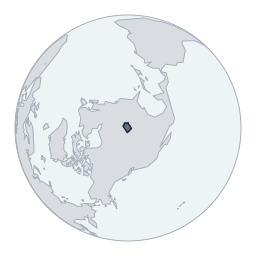 Iowa on an orthographic globe, rotated 237°
{"feature_id": "USA-3529", "entity_name": "Iowa", "entity_type": "State", "adm_level": 1, "iso_a3": "USA", "parent_name": "United States of America", "parent_adm1": "", "projection": "orthographic", "projection_center": [-94.248, 41.94], "detail": "fine", "context": "on_globe", "style": "filled", "palette": "slate", "viewbox_px": 256, "rotation_deg": 237, "n_neighbors": 0, "source": "natural_earth", "source_scale": "10m", "svg_char_len": 10392}
<svg xmlns="http://www.w3.org/2000/svg" viewBox="0 0 256 256"><g transform="rotate(237 128 128)"><circle cx="128" cy="128" r="113" fill="#eef3f6" stroke="#a8b0b8"/><path d="M152.9,237.9L158.5,236.2L156.0,237.0L159.7,234.7L164.9,231.5L171.3,221.0L169.6,219.3L162.1,218.4L153.2,209.9L156.1,204.7L153.9,202.8L161.1,194.2L158.8,187.5L156.2,186.9L153.8,190.1L144.6,186.9L140.9,181.5L110.8,172.3L107.4,168.8L106.8,163.5L94.4,143.8L100.9,161.8L96.5,158.0L92.6,151.3L94.3,150.1L91.0,140.4L86.8,135.9L84.9,123.4L90.0,108.8L91.6,111.7L92.6,108.1L90.6,104.4L89.1,102.8L89.9,87.4L84.3,76.9L79.3,76.8L82.9,74.5L71.3,76.9L66.2,74.5L74.0,75.3L76.3,74.0L73.8,71.3L75.7,69.4L75.5,67.1L78.0,65.2L82.3,66.1L84.0,65.0L82.1,63.1L83.4,60.3L85.9,63.1L88.4,58.5L96.1,59.8L100.7,69.9L107.0,69.9L117.1,78.7L118.1,76.6L122.6,78.9L125.5,77.4L126.6,79.8L128.0,76.6L126.5,74.8L126.6,72.9L128.2,72.0L129.8,74.7L129.3,75.5L130.5,75.8L130.7,77.6L131.5,76.2L133.2,79.7L133.9,74.9L137.2,76.6L137.8,79.4L134.6,80.8L128.0,91.4L127.6,95.0L130.1,98.5L141.4,101.3L142.1,104.9L145.5,108.4L146.5,105.5L144.2,101.8L146.9,97.7L143.8,93.9L144.5,91.7L142.5,87.4L146.2,86.4L150.7,87.8L152.5,91.4L154.6,92.2L155.6,87.6L161.5,93.5L169.9,96.1L171.1,98.0L168.5,103.4L161.7,106.2L158.3,114.3L163.9,107.5L166.7,112.7L168.6,113.0L170.4,111.9L170.6,109.4L172.3,111.0L167.4,118.1L165.8,116.7L167.4,114.4L164.2,115.9L160.9,121.1L162.6,123.6L155.9,129.7L157.0,131.7L156.2,134.2L154.8,130.7L157.1,137.4L149.5,146.9L152.4,158.4L145.9,150.3L141.3,149.9L135.9,150.8L136.3,152.7L128.7,151.9L122.6,156.2L121.4,165.5L124.9,172.2L133.3,172.0L135.3,168.1L141.1,166.7L138.0,177.2L148.4,177.3L148.0,184.5L151.2,187.6L156.1,185.8L161.3,186.4L164.6,181.6L170.1,177.9L170.7,183.4L173.3,177.4L176.6,179.1L187.2,174.9L186.6,176.5L195.6,179.0L204.5,176.8L206.6,179.3L205.6,182.2L208.5,181.0L208.5,182.4L219.3,176.1L224.1,174.6L223.5,179.3L218.5,188.4L211.8,201.0L202.2,210.2L198.3,214.6L188.3,222.6L182.7,225.4L182.8,226.1L178.4,228.5L174.4,230.3L172.4,231.4L169.3,232.6L170.5,232.3L166.5,233.8L152.9,237.9ZM34.4,134.9L35.0,132.6L35.5,134.9L34.4,134.9ZM34.8,130.6L34.7,131.5L34.7,130.6L34.8,130.6ZM34.4,129.5L34.7,130.3L34.3,129.6L34.4,129.5ZM33.8,128.4L34.2,128.9L34.1,129.0L33.8,128.4ZM152.4,162.4L164.3,165.3L158.1,167.4L159.2,166.2L156.0,164.6L150.4,163.6L144.8,165.7L152.4,162.4ZM33.1,126.1L33.0,125.4L33.4,125.6L33.1,126.1ZM156.5,155.1L154.5,155.1L156.4,154.6L156.5,155.1ZM88.1,102.5L90.4,104.5L91.5,108.7L89.4,107.2L88.1,102.5ZM86.2,94.9L87.8,95.1L86.5,98.7L86.0,97.4L86.2,94.9ZM75.3,77.4L76.9,78.7L74.7,78.1L75.3,77.4ZM75.1,67.1L74.1,67.4L74.4,66.1L75.1,67.1ZM140.7,88.3L141.6,87.9L141.5,88.9L140.7,88.3ZM139.0,86.9L138.2,88.4L137.3,88.0L137.8,87.1L139.0,86.9ZM78.5,62.1L79.4,60.0L79.2,62.2L78.5,62.1ZM140.2,85.2L135.7,87.0L134.1,86.3L134.7,82.2L140.2,85.2ZM80.4,59.0L82.6,54.3L80.5,54.4L87.7,51.8L83.5,56.5L83.6,59.1L82.2,58.2L80.4,59.0ZM125.4,74.7L127.0,76.6L124.2,75.9L125.4,74.7ZM123.5,74.8L114.5,76.1L112.9,73.0L116.2,73.1L112.9,70.1L116.4,67.9L119.1,69.1L119.5,71.5L120.5,68.9L123.5,74.8ZM91.3,51.2L92.5,50.3L92.1,51.5L91.3,51.2ZM126.5,72.1L124.8,72.6L123.2,69.9L126.3,68.6L125.8,69.9L126.5,72.1ZM110.2,70.4L109.6,68.3L112.3,66.0L112.4,64.9L116.4,67.6L110.2,70.4ZM127.0,70.0L127.9,68.0L130.0,68.4L128.0,71.5L127.0,70.0ZM121.6,69.9L121.0,68.6L122.3,68.8L121.6,69.9ZM138.3,69.1L136.3,69.5L135.3,68.1L138.3,69.1ZM128.0,67.2L127.3,67.1L126.7,66.7L127.7,65.5L128.0,67.2ZM118.0,65.9L119.3,65.4L116.6,64.6L118.5,63.0L120.8,65.1L120.6,63.5L121.2,63.0L122.4,65.4L118.0,65.9ZM126.9,63.0L130.5,65.5L134.3,64.9L135.3,66.1L128.9,66.8L126.9,63.0ZM124.2,64.2L126.1,63.7L126.3,65.3L125.2,66.6L124.2,64.2ZM119.0,61.1L115.4,63.0L115.1,62.5L119.0,61.1ZM128.0,62.5L127.1,61.9L128.2,62.3L128.0,62.5ZM121.7,61.1L120.5,61.9L120.1,61.2L121.7,61.1ZM126.3,60.3L127.5,61.0L126.7,61.9L126.3,60.3ZM124.2,60.4L123.9,59.4L125.8,61.8L123.7,60.8L124.2,60.4ZM121.5,60.4L120.9,60.3L122.1,60.2L121.5,60.4ZM128.5,56.6L131.1,59.4L129.4,61.3L127.2,58.3L128.5,56.6ZM198.3,40.0L196.8,38.8L204.7,46.1L203.0,45.3L194.2,37.7L186.8,32.0L185.9,31.6L187.9,33.8L183.6,31.4L188.3,34.6L188.4,34.1L191.3,36.2L191.5,36.8L189.9,35.8L191.4,37.5L198.4,42.0L199.2,42.0L204.7,47.9L206.5,48.6L209.0,51.0L206.7,50.8L204.9,49.6L203.0,52.3L205.4,54.0L207.4,51.7L208.0,53.0L211.2,55.8L209.2,54.7L206.4,57.2L209.6,63.7L218.3,75.7L219.2,80.0L217.8,82.6L210.0,75.8L208.9,67.1L206.1,64.9L202.4,65.4L202.3,62.8L200.7,62.1L199.9,59.0L194.8,54.0L193.4,51.0L187.6,48.6L186.1,46.9L190.0,48.7L191.9,48.6L187.9,42.1L186.0,40.7L182.6,39.7L181.9,38.2L179.1,38.2L175.0,34.7L177.7,39.0L173.7,38.5L169.2,36.3L168.4,37.0L175.8,40.5L178.3,41.3L179.7,40.7L187.0,44.0L189.2,46.4L183.4,46.2L185.8,49.7L180.2,48.4L163.7,39.0L158.7,35.7L158.4,30.1L161.7,30.7L163.5,32.9L165.3,30.9L163.5,31.0L162.9,29.9L159.0,29.4L158.5,28.7L155.7,29.7L154.6,28.7L156.3,28.0L149.6,26.8L146.2,25.1L144.9,25.2L144.5,25.9L140.5,23.4L139.7,23.7L140.8,24.5L140.0,25.6L137.0,26.7L135.7,25.8L136.6,25.3L136.7,23.0L139.3,22.0L138.5,21.8L135.9,22.4L135.8,25.2L134.4,26.1L133.9,24.7L134.0,25.3L132.9,25.5L130.6,24.9L130.9,26.5L120.3,30.9L114.9,30.6L115.7,28.6L107.0,31.6L101.5,31.5L102.5,32.2L99.0,34.5L100.7,34.6L100.9,35.1L92.6,41.7L89.8,42.8L87.3,47.0L87.8,47.5L89.8,46.9L87.7,51.8L80.5,54.4L79.7,53.2L75.7,55.9L74.6,53.0L71.7,52.0L72.7,47.5L70.4,47.3L69.1,48.5L65.0,49.3L61.0,47.5L69.9,43.9L77.1,46.9L74.7,45.1L76.9,44.1L77.1,42.7L75.2,41.7L74.0,42.4L79.7,34.7L78.6,31.3L74.6,34.3L71.1,35.7L66.3,35.7L70.3,31.3L70.2,31.3L77.2,27.5L84.5,24.1L92.0,21.3L99.7,19.0L107.6,17.2L115.5,16.1L123.5,15.4L131.6,15.4L139.6,16.0L147.6,17.1L155.4,18.7L163.1,21.0L170.7,23.8L178.0,27.1L185.1,30.9L191.9,35.2L198.3,40.0ZM239.5,112.2L240.1,126.5L238.9,127.7L234.0,123.5L232.8,116.7L230.0,112.2L219.4,80.8L220.0,77.5L215.0,62.9L214.9,61.8L218.6,65.6L217.3,60.0L213.2,55.0L209.2,50.0L215.1,56.6L220.4,63.6L225.1,71.0L229.3,78.7L232.8,86.7L235.7,95.0L237.9,103.5L239.5,112.2ZM226.4,92.7L227.5,94.2L226.4,92.7ZM174.4,25.4L174.7,25.6L170.8,23.9L169.6,23.5L171.5,24.4L178.5,27.5L178.1,27.1L174.4,25.4ZM187.6,174.7L188.9,175.2L187.3,176.0L187.6,174.7ZM157.5,170.1L159.9,169.7L161.2,170.4L159.4,171.1L157.5,170.1ZM176.7,164.9L179.3,164.5L176.8,166.0L176.7,164.9ZM166.1,165.5L174.7,165.4L169.7,168.8L164.2,168.9L167.8,167.4L166.1,165.5ZM156.0,159.0L157.5,159.2L157.2,160.4L156.0,159.0ZM157.9,154.8L157.3,155.0L156.4,154.2L157.9,154.8ZM167.0,112.3L167.4,111.7L169.4,111.2L168.8,112.4L167.0,112.3ZM176.4,103.2L178.9,106.0L176.7,104.7L176.3,106.9L171.1,107.3L171.4,98.9L172.2,102.6L176.4,103.2ZM164.3,105.8L167.6,106.3L164.0,106.1L164.3,105.8ZM192.3,61.8L193.3,60.8L195.5,62.4L197.3,66.8L194.1,64.5L192.3,61.8ZM194.2,59.2L188.0,58.2L186.6,55.6L188.4,57.2L188.2,55.6L191.0,57.7L195.8,56.6L198.1,57.9L200.1,65.0L198.2,61.8L197.4,62.8L194.2,59.2ZM174.4,62.2L171.7,62.4L172.3,56.5L174.7,57.1L176.7,61.4L174.9,63.2L174.4,62.2ZM142.1,77.9L141.0,78.8L140.6,78.0L141.1,76.6L142.1,77.9ZM137.4,69.4L146.3,73.5L145.6,74.6L151.7,75.9L152.0,79.5L148.0,78.5L152.9,82.4L149.4,82.9L152.9,85.3L144.0,82.6L141.1,83.4L144.2,81.1L144.0,77.7L143.0,76.5L138.1,73.8L131.7,74.2L130.4,71.1L131.2,68.9L132.6,68.3L133.0,70.4L134.5,68.2L136.1,70.8L137.4,69.4ZM141.7,47.6L141.5,49.7L144.9,46.8L146.5,48.9L146.8,48.5L149.2,49.7L152.6,50.5L152.9,51.7L154.1,51.5L155.7,52.5L157.4,52.7L158.5,54.9L160.8,55.4L160.0,56.2L163.6,56.4L161.4,57.3L163.3,58.7L164.4,57.2L166.1,70.0L168.4,75.1L171.6,79.1L167.4,80.3L161.9,77.5L156.2,73.0L154.5,68.1L153.0,69.7L151.7,67.8L153.5,67.3L150.0,67.0L149.5,65.4L144.4,62.2L139.8,63.0L137.8,62.0L139.4,60.8L136.3,60.6L137.9,57.8L136.5,57.0L136.7,53.7L140.5,52.2L138.7,51.4L138.7,49.0L141.7,47.6ZM128.7,55.7L132.8,53.1L135.7,53.1L134.2,59.0L135.2,60.1L134.4,64.1L130.2,64.1L130.8,62.9L130.5,61.8L131.9,62.2L130.5,61.0L131.3,59.4L130.4,58.1L132.0,57.6L128.7,55.7ZM212.8,59.1L212.4,58.1L211.3,56.1L213.3,58.0L212.8,59.1ZM211.1,60.9L210.4,59.6L212.8,61.0L213.2,62.3L211.1,60.9ZM208.0,57.9L210.2,59.4L209.3,59.3L208.0,57.9ZM189.1,47.7L188.2,46.4L188.9,46.5L190.3,47.3L189.1,47.7ZM151.9,40.2L151.4,41.2L150.6,40.9L147.6,42.1L146.1,40.8L147.4,39.5L151.9,40.2ZM199.3,40.8L201.9,43.0L202.1,43.2L201.2,42.4L199.3,40.8ZM208.8,50.5L207.6,48.7L209.4,51.0L208.8,50.5ZM149.9,38.9L148.8,39.5L148.7,38.4L149.9,38.9ZM144.9,39.8L144.6,38.6L145.6,40.7L144.9,39.8ZM136.1,29.5L142.0,29.2L145.2,28.5L145.6,27.0L147.6,29.1L142.6,30.3L136.1,29.5ZM122.4,30.8L122.1,32.3L120.6,32.0L120.4,31.6L122.4,30.8ZM123.4,31.5L126.2,32.8L125.0,33.9L123.0,32.6L123.4,31.5ZM138.2,35.3L140.1,35.2L140.1,36.0L138.2,35.3ZM57.9,39.9L58.4,39.5L56.7,41.1L58.7,40.0L58.2,40.7L55.5,42.5L53.0,44.0L55.8,41.5L57.9,39.9ZM59.6,39.5L62.4,38.9L58.6,42.1L57.1,43.0L57.5,41.8L59.5,40.1L59.6,39.5ZM62.0,39.8L64.0,38.2L72.2,35.6L73.0,36.0L64.7,39.3L66.1,38.0L64.8,38.2L62.0,39.8ZM91.6,50.0L92.4,50.3L91.1,50.7L91.6,50.0ZM101.9,35.1L101.9,35.9L100.5,36.2L101.9,35.1ZM101.3,38.4L102.9,37.5L101.7,38.8L101.3,38.4ZM106.5,35.4L103.8,37.3L105.7,35.0L106.5,35.4Z" fill="#d9dde1" stroke="#a8b0b8" stroke-width="1"/><path d="M124.7,125.3L124.7,125.2L124.7,124.9L124.9,124.9L125.3,124.9L125.8,124.9L126.2,124.9L126.7,124.9L127.2,124.9L127.6,124.9L128.6,124.9L129.0,124.9L129.5,124.9L130.0,124.9L130.4,124.9L130.9,124.9L131.3,124.9L131.8,124.9L132.3,124.9L132.3,125.0L132.5,125.2L132.5,125.3L132.4,125.5L132.4,125.8L132.5,125.8L132.5,126.0L132.6,126.3L133.0,126.5L133.2,126.8L133.3,126.9L133.5,127.0L133.6,127.3L133.8,127.4L133.9,127.5L134.0,127.6L134.0,127.8L134.0,128.0L133.9,128.1L133.8,128.3L133.7,128.3L133.7,128.5L133.4,128.7L133.3,128.8L133.2,128.9L132.8,128.9L132.7,128.9L132.7,129.0L132.7,129.3L132.8,129.5L132.9,129.8L132.7,130.0L132.7,130.3L132.5,130.5L132.4,130.5L132.2,130.6L132.3,130.7L132.3,130.8L132.3,131.0L132.2,131.0L132.1,130.9L131.9,130.8L131.9,130.7L131.6,130.6L131.4,130.6L130.8,130.6L130.6,130.6L130.3,130.6L129.7,130.7L129.4,130.7L129.2,130.7L128.9,130.7L128.7,130.7L128.3,130.7L128.2,130.7L127.8,130.7L127.7,130.7L127.2,130.7L126.8,130.7L126.7,130.7L126.3,130.6L126.2,130.6L125.9,130.6L125.7,130.6L125.6,130.4L125.6,130.2L125.6,129.9L125.6,129.7L125.5,129.4L125.6,129.2L125.5,128.9L125.4,128.9L125.4,128.7L125.4,128.8L125.3,128.7L125.3,128.4L125.3,128.2L125.2,128.1L125.2,127.9L125.1,127.7L124.9,127.5L124.9,127.4L125.0,127.4L124.9,127.2L124.9,126.9L124.8,126.7L124.7,126.7L124.6,126.4L124.6,126.2L124.7,125.9L124.8,125.9L124.8,125.7L124.8,125.4L124.7,125.4L124.7,125.3Z" fill="#64748b" stroke="#1e293b" stroke-width="1.5"/></g></svg>